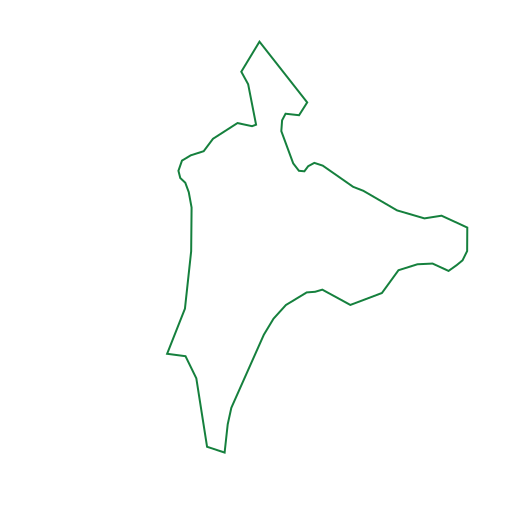 Vrhnika, Albers equal-area conic projection, rotated 45°
{"feature_id": "SVN-1004", "entity_name": "Vrhnika", "entity_type": "Municipality", "adm_level": 1, "iso_a3": "SVN", "parent_name": "Slovenia", "parent_adm1": "", "projection": "albers", "projection_center": [14.296, 45.95], "detail": "fine", "context": "isolated", "style": "outline", "palette": "green", "viewbox_px": 512, "rotation_deg": 45, "n_neighbors": 0, "source": "natural_earth", "source_scale": "10m", "svg_char_len": 847}
<svg xmlns="http://www.w3.org/2000/svg" viewBox="0 0 512 512"><g transform="rotate(45 256 256)"><path d="M183.6,111.2L186.9,126.0L176.3,134.5L178.5,141.6L185.6,149.8L216.8,164.2L226.1,165.4L230.3,161.9L229.4,155.6L231.4,148.9L239.3,144.9L275.8,138.4L285.8,134.0L323.5,124.0L348.5,110.3L358.7,96.3L385.3,86.5L401.8,103.2L405.1,113.0L404.4,120.2L402.7,130.4L386.2,136.5L376.0,147.7L366.8,165.3L371.2,193.1L357.3,223.9L326.7,232.9L323.1,239.5L317.6,245.9L311.8,269.5L312.7,287.9L317.2,306.1L345.9,380.8L355.0,395.0L372.8,417.2L356.3,425.5L300.3,384.7L277.0,376.7L262.3,388.0L243.0,343.5L206.8,298.5L176.2,267.3L163.3,258.4L154.2,254.2L147.3,254.4L140.9,250.6L136.2,240.9L138.7,230.9L144.9,218.9L142.7,203.5L148.9,175.1L161.4,167.0L163.2,163.1L129.0,140.1L115.3,136.1L106.9,102.0L183.6,111.2Z" fill="none" stroke="#15803d" stroke-width="2"/></g></svg>